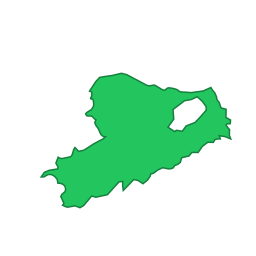 an SVG outline of Gyor-Moson-Sopron, rotated 339°
{"feature_id": "HUN-3156", "entity_name": "Gyor-Moson-Sopron", "entity_type": "County", "adm_level": 1, "iso_a3": "HUN", "parent_name": "Hungary", "parent_adm1": "", "projection": "equal_earth", "projection_center": [17.255, 47.709], "detail": "fine", "context": "isolated", "style": "filled", "palette": "green", "viewbox_px": 256, "rotation_deg": 339, "n_neighbors": 0, "source": "natural_earth", "source_scale": "10m", "svg_char_len": 2047}
<svg xmlns="http://www.w3.org/2000/svg" viewBox="0 0 256 256"><g transform="rotate(339 128 128)"><path d="M79.0,132.9L90.4,130.5L100.9,129.2L103.8,128.1L102.2,127.2L101.0,125.8L100.3,123.9L100.0,117.9L99.0,114.1L98.9,111.0L101.0,108.9L100.1,107.7L98.7,104.3L97.6,103.5L94.6,102.3L93.7,101.5L93.6,99.5L95.4,98.7L100.4,97.7L102.7,96.1L104.2,94.3L105.0,91.8L105.6,88.6L105.3,88.2L104.5,88.0L103.8,87.6L103.7,86.8L104.1,86.3L105.4,85.5L105.7,85.2L106.1,83.6L106.8,82.5L106.9,81.3L105.3,79.8L114.3,73.3L119.6,70.6L124.7,71.6L130.7,73.0L132.2,73.3L141.5,74.6L146.0,77.8L160.8,94.8L162.2,95.9L163.7,96.5L167.3,97.1L168.6,97.9L173.5,104.2L175.2,105.7L176.7,105.7L178.2,105.1L179.8,104.9L181.9,105.8L184.9,107.6L187.6,109.8L188.7,111.7L190.2,113.2L196.3,116.0L199.6,117.6L211.6,120.4L219.9,119.9L220.3,122.4L221.6,126.3L221.8,130.3L221.2,133.6L222.3,136.9L222.0,142.5L226.3,145.7L223.2,153.2L226.6,157.3L225.0,160.6L221.8,159.6L220.5,160.7L222.2,165.9L220.0,171.2L220.0,175.0L215.5,170.8L210.4,167.9L210.3,171.3L207.7,170.3L205.0,170.0L202.5,172.0L197.4,169.9L190.8,171.8L184.7,176.0L178.9,173.7L174.8,176.0L167.4,175.0L164.5,178.9L161.2,179.8L158.0,179.8L156.0,181.4L153.4,181.4L151.0,180.6L146.1,177.5L140.7,177.9L135.4,179.4L132.8,179.0L131.5,180.9L127.6,183.6L122.0,185.4L118.7,180.7L114.9,178.2L101.2,184.6L102.4,179.8L103.9,176.0L100.3,175.1L84.9,182.9L73.2,181.1L69.7,178.5L58.8,184.5L54.6,185.2L50.7,181.7L43.3,180.3L41.3,178.9L39.6,177.0L39.2,176.7L41.2,175.3L40.7,167.9L42.3,166.3L46.5,164.8L48.0,162.4L48.2,159.6L47.1,157.2L45.1,155.5L42.7,154.3L43.5,150.7L42.3,147.0L39.8,144.0L36.7,142.8L31.9,143.5L29.4,142.6L34.1,139.4L39.6,139.3L47.6,141.0L48.7,139.4L48.1,135.0L52.3,130.2L52.6,130.8L54.2,132.2L55.8,133.0L63.9,134.2L65.1,133.9L66.7,132.5L69.6,128.6L71.5,127.2L73.5,132.1L79.0,132.9ZM197.4,124.1L190.6,122.8L176.6,126.9L173.9,136.1L165.6,141.6L170.3,148.1L172.4,147.5L177.5,150.5L183.1,146.9L192.4,146.9L198.5,144.1L207.5,139.3L208.6,135.9L206.9,129.8L203.9,123.6L197.4,124.1Z" fill="#22c55e" stroke="#15803d" stroke-width="1.5"/></g></svg>